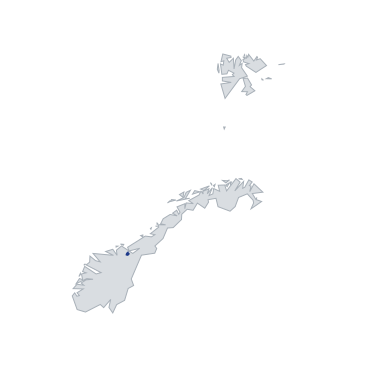 Skaun nor, Sør-Trøndelag, Norway (highlighted), rotated 25°
{"feature_id": "86288312B11498019904431", "entity_name": "Skaun nor", "entity_type": "district", "adm_level": 2, "iso_a3": "NOR", "parent_name": "Norway", "parent_adm1": "Sør-Trøndelag", "projection": "albers", "projection_center": [10.037, 63.259], "detail": "fine", "context": "in_parent", "style": "filled", "palette": "blue", "viewbox_px": 384, "rotation_deg": 25, "n_neighbors": 0, "source": "geoboundaries", "source_scale": "gbopen_adm2", "svg_char_len": 4380}
<svg xmlns="http://www.w3.org/2000/svg" viewBox="0 0 384 384"><g transform="rotate(25 192 192)"><path d="M216.4,187.6L209.8,192.2L211.3,194.3L210.4,201.3L201.6,199.8L200.7,208.1L194.9,209.7L192.1,216.5L194.1,221.4L190.0,232.2L185.0,235.0L185.4,246.4L181.2,256.6L183.9,258.1L184.1,263.2L172.9,270.6L173.7,296.5L178.6,301.4L174.9,306.4L176.7,318.7L171.3,325.9L171.3,335.1L165.5,331.7L163.7,323.7L160.8,334.1L156.4,332.7L146.2,345.8L137.6,347.1L127.4,336.8L128.3,333.0L131.7,335.1L133.7,333.5L130.4,331.9L134.4,325.8L125.1,329.8L126.8,324.2L133.3,322.2L130.0,321.3L133.1,316.4L139.2,312.9L133.3,314.9L125.7,324.1L126.6,318.0L129.9,317.7L126.5,313.0L130.2,310.0L126.5,310.4L126.2,304.8L139.7,306.8L143.7,303.5L127.0,302.8L128.9,298.8L126.6,293.2L133.6,295.0L138.3,294.1L128.3,289.5L147.6,282.6L138.9,282.4L144.4,277.4L150.9,281.1L148.1,276.7L150.9,270.7L164.3,272.7L168.4,265.1L159.9,272.0L157.0,269.3L168.3,251.7L174.2,249.8L176.4,246.4L171.9,247.4L176.7,237.9L175.2,236.0L182.0,232.9L177.0,234.1L177.2,228.4L181.7,221.6L188.6,219.9L183.4,219.4L185.8,215.0L189.4,217.8L189.7,215.4L184.7,211.8L190.5,205.6L192.5,210.2L191.4,204.3L198.1,202.0L192.7,201.2L199.6,191.8L199.8,187.4L203.0,189.1L201.5,186.9L206.0,181.9L206.6,187.1L208.7,179.5L209.0,187.9L211.7,184.9L210.2,179.7L216.8,179.7L212.9,174.8L218.7,171.8L222.9,176.4L226.2,161.3L231.4,162.7L230.3,172.9L234.3,160.6L236.4,167.2L237.8,165.4L238.4,157.0L242.3,157.5L241.3,162.0L243.0,161.7L244.2,167.3L244.7,158.4L256.3,162.2L247.3,167.9L253.1,171.8L259.1,171.2L252.6,182.3L252.5,175.9L250.8,173.6L242.9,170.3L236.5,177.3L237.3,187.0L234.6,193.3L221.8,194.3L216.4,187.6ZM176.6,49.6L181.2,52.1L181.4,57.2L183.1,54.3L184.4,58.4L193.2,63.6L187.3,69.2L182.4,93.2L172.5,81.9L181.2,76.1L172.6,78.5L171.1,75.3L181.3,69.5L179.0,68.6L179.8,66.5L173.6,66.3L173.7,70.2L169.3,72.7L163.7,63.9L166.7,63.8L165.4,59.6L163.2,61.7L161.6,53.9L169.8,52.4L170.5,53.6L166.9,56.1L170.9,58.8L173.0,53.3L178.1,62.7L175.8,53.8L176.6,49.6ZM185.1,43.3L192.7,47.2L193.6,41.8L194.5,42.2L194.6,45.1L197.5,42.4L206.1,45.9L199.4,56.6L188.1,55.0L186.6,54.0L189.3,51.6L183.7,52.3L182.2,50.4L183.6,48.9L180.9,47.9L184.8,47.7L184.0,45.2L185.6,46.2L185.1,43.3ZM194.2,65.3L200.7,69.8L200.1,72.0L206.2,73.7L201.0,81.2L199.7,80.9L199.9,77.7L194.6,80.0L195.8,73.7L190.3,67.5L194.2,65.3ZM188.8,201.1L192.6,198.6L181.6,206.8L187.0,200.5L186.9,194.7L189.8,191.2L188.8,201.1ZM193.9,189.6L199.1,188.5L193.4,193.7L193.9,189.6ZM198.6,185.7L205.2,179.1L202.2,185.6L198.6,185.7ZM161.3,64.5L165.2,70.4L166.2,72.9L163.1,70.1L161.3,64.5ZM184.7,195.4L186.0,200.6L181.7,199.6L184.7,195.4ZM220.9,165.2L218.9,169.4L214.8,168.6L219.1,167.0L220.9,165.2ZM222.0,167.7L221.6,172.3L219.7,171.4L222.0,167.7ZM176.6,207.5L180.8,206.1L176.4,209.8L176.6,207.5ZM221.3,37.2L216.5,40.1L221.4,36.9L221.3,37.2ZM212.8,56.1L216.4,55.8L211.5,57.9L212.8,56.1ZM228.6,160.4L231.1,158.8L232.2,159.4L228.6,160.4ZM223.6,166.2L223.5,168.6L222.3,166.8L223.6,166.2ZM209.7,175.4L210.0,177.8L208.7,177.1L209.7,175.4ZM194.6,119.1L194.6,121.3L193.2,119.7L194.6,119.1ZM209.5,60.5L207.9,60.7L207.5,59.9L209.5,60.5ZM165.6,251.7L166.5,253.6L163.9,253.2L165.6,251.7ZM204.7,175.7L206.3,176.4L207.3,177.6L204.7,175.7ZM181.6,45.2L182.4,46.5L181.4,46.1L181.6,45.2ZM152.2,269.3L149.1,269.4L152.3,268.3L152.2,269.3ZM147.7,272.4L146.5,274.0L146.0,273.1L147.7,272.4ZM175.7,210.4L174.4,212.3L175.8,209.1L175.7,210.4ZM125.8,313.8L125.2,316.4L125.2,312.9L125.8,313.8ZM174.1,236.4L173.4,234.9L174.2,234.9L174.1,236.4ZM253.1,169.5L253.3,171.4L253.1,171.1L253.1,169.5ZM174.9,237.9L173.3,238.3L175.2,237.5L174.9,237.9ZM170.3,241.6L170.5,243.1L169.7,242.6L170.3,241.6ZM125.8,302.6L124.9,304.1L125.2,302.8L125.8,302.6Z" fill="#d9dde1" stroke="#a8b0b8" stroke-width="1"/><path d="M159.1,276.6L159.3,276.6L159.4,276.8L159.4,276.7L159.5,276.7L159.8,276.5L159.9,276.4L160.0,276.4L160.1,276.2L160.2,276.3L160.3,276.3L160.3,276.2L160.5,276.2L160.6,275.9L160.6,275.7L160.8,275.5L160.8,275.4L160.8,275.2L160.8,274.9L161.0,274.8L161.0,274.7L160.9,274.6L160.7,274.8L160.6,274.7L160.4,274.6L160.2,274.5L160.0,274.4L159.9,274.3L159.8,274.2L159.8,274.3L159.7,274.3L159.4,274.2L159.4,274.3L159.2,274.4L159.1,274.5L159.0,274.8L159.0,275.0L159.1,274.9L159.1,275.0L159.1,274.9L159.1,275.0L159.0,275.3L158.9,275.4L158.9,275.5L158.9,275.8L159.0,275.9L159.0,276.0L159.1,276.3L159.1,276.5L159.1,276.6Z" fill="#3b82f6" stroke="#1e3a8a" stroke-width="1.5"/></g></svg>